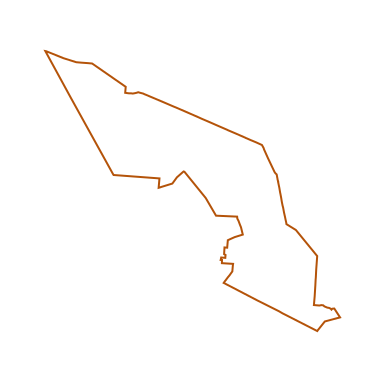 El Espinal, Oaxaca, Mexico, rotated 95°
{"feature_id": "50627088B62999724223409", "entity_name": "El Espinal", "entity_type": "district", "adm_level": 2, "iso_a3": "MEX", "parent_name": "Mexico", "parent_adm1": "Oaxaca", "projection": "equal_earth", "projection_center": [-95.031, 16.463], "detail": "fine", "context": "isolated", "style": "outline", "palette": "amber", "viewbox_px": 384, "rotation_deg": 95, "n_neighbors": 0, "source": "geoboundaries", "source_scale": "gbopen_adm2", "svg_char_len": 1988}
<svg xmlns="http://www.w3.org/2000/svg" viewBox="0 0 384 384"><g transform="rotate(95 192 192)"><path d="M64.4,350.4L91.3,332.5L108.9,320.8L181.1,272.2L181.9,271.6L181.3,225.6L190.7,225.6L185.3,212.3L178.7,208.3L172.3,202.2L172.5,201.3L196.8,177.8L213.5,166.0L212.6,144.9L214.6,144.5L216.6,143.2L220.6,141.3L222.9,140.1L230.0,137.7L233.2,145.5L235.2,149.1L236.9,152.1L243.2,152.1L244.2,152.1L244.4,152.1L244.4,154.8L251.1,154.6L251.8,153.1L254.7,153.1L254.7,157.2L257.2,157.5L257.1,156.2L258.8,156.1L260.3,156.0L260.0,144.8L261.7,144.9L267.6,144.9L270.1,146.4L271.5,147.2L272.8,148.1L273.8,148.8L275.1,149.6L275.7,150.0L276.6,150.5L277.3,151.0L277.9,151.4L279.8,152.5L294.3,117.5L303.2,95.0L305.0,91.2L306.8,86.7L319.6,55.1L318.2,54.3L317.8,54.0L313.6,51.2L309.4,48.4L309.1,47.6L304.0,33.6L295.7,40.1L295.9,41.5L296.2,42.2L297.0,42.8L296.2,43.6L295.5,45.4L295.4,47.1L294.4,50.2L293.5,51.3L293.4,53.2L294.0,55.3L294.0,57.3L294.0,60.7L285.3,60.7L274.0,61.0L268.7,61.2L266.4,61.2L258.4,61.5L244.9,61.7L220.8,85.2L215.8,95.1L213.8,95.6L213.2,95.8L211.0,96.5L208.3,97.3L206.5,97.9L206.1,98.0L204.6,98.5L199.5,99.9L197.6,100.6L196.9,100.8L194.2,101.6L189.9,102.7L186.0,103.8L185.1,104.1L180.1,105.4L177.8,106.1L174.8,107.0L174.5,107.1L174.4,107.0L174.0,107.1L173.6,107.3L173.2,107.4L172.8,107.6L172.4,107.7L171.9,107.9L170.9,108.1L170.0,108.4L169.2,108.6L167.4,109.1L166.9,109.4L166.8,109.6L166.1,110.5L164.9,111.5L151.8,119.2L143.2,124.0L142.1,124.4L139.1,126.4L137.0,132.3L135.5,137.0L135.4,137.4L133.7,142.4L133.5,143.2L133.3,143.5L133.1,144.1L129.9,153.6L127.3,161.6L127.0,162.3L126.8,162.9L125.2,167.7L123.0,174.3L121.8,177.8L118.2,188.7L117.1,191.8L113.7,201.9L109.1,215.7L108.9,216.4L108.6,217.4L105.8,225.9L99.0,246.9L98.8,247.7L98.2,249.2L97.7,252.3L97.3,254.3L97.9,255.6L98.5,257.4L99.1,259.6L99.0,261.3L99.2,263.3L99.1,265.8L99.0,267.2L93.0,267.2L72.7,302.7L72.7,307.5L72.8,313.7L72.8,318.6L69.9,331.7L64.5,349.5L64.4,350.4Z" fill="none" stroke="#b45309" stroke-width="2"/></g></svg>